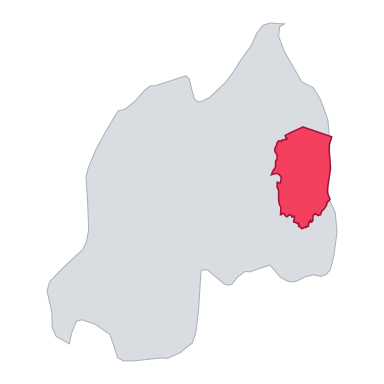 location of Kayonza, Eastern, Rwanda
{"feature_id": "39286606B59170295238138", "entity_name": "Kayonza", "entity_type": "district", "adm_level": 2, "iso_a3": "RWA", "parent_name": "Rwanda", "parent_adm1": "Eastern", "projection": "equal_earth", "projection_center": [30.553, -1.862], "detail": "fine", "context": "in_parent", "style": "filled", "palette": "rose", "viewbox_px": 384, "rotation_deg": 0, "n_neighbors": 0, "source": "geoboundaries", "source_scale": "gbopen_adm2", "svg_char_len": 6272}
<svg xmlns="http://www.w3.org/2000/svg" viewBox="0 0 384 384"><path d="M150.3,85.9L155.0,85.8L186.0,75.8L189.1,78.9L194.1,98.3L196.7,101.1L201.0,101.8L209.7,97.4L225.7,82.2L232.6,73.0L240.8,60.0L251.3,45.4L257.1,32.7L262.8,25.3L270.3,23.0L278.6,23.6L284.4,23.9L279.6,26.9L278.7,36.2L284.1,51.1L301.9,82.0L313.2,87.7L320.6,99.6L327.9,119.9L330.0,145.1L327.0,175.5L328.8,198.1L335.3,213.0L337.0,232.2L333.9,255.8L330.2,270.0L325.7,274.7L320.7,276.4L313.8,274.8L305.4,276.8L296.3,281.3L290.6,281.9L287.1,281.0L280.4,277.2L269.8,265.0L250.0,271.8L244.7,271.6L237.4,277.4L231.5,284.6L227.9,285.1L224.3,284.1L207.3,269.7L201.1,270.2L198.5,310.6L195.7,333.1L192.2,343.1L180.0,352.8L167.7,358.3L161.0,357.9L134.1,360.9L123.5,361.0L117.7,357.7L110.1,334.7L95.8,324.5L82.1,319.8L76.5,321.1L71.5,333.1L69.5,343.9L56.2,336.5L52.2,327.4L51.8,312.0L47.0,290.9L49.6,281.9L54.9,276.1L65.9,265.0L82.7,249.6L86.3,242.2L88.7,230.0L87.6,201.5L86.0,177.4L88.0,168.8L95.6,150.2L105.9,131.2L117.9,111.0L125.1,109.1L134.6,101.5L144.6,90.2L150.3,85.9Z" fill="#d9dde1" stroke="#a8b0b8" stroke-width="1"/><path d="M280.5,214.8L281.1,214.7L283.3,213.3L283.9,213.5L284.2,213.8L284.4,214.4L284.9,215.2L285.2,215.5L285.3,215.8L285.6,216.0L286.0,216.4L286.4,216.6L286.9,216.7L286.9,216.8L287.1,216.8L287.2,216.7L287.5,216.4L288.0,216.1L288.2,215.7L288.3,215.5L288.4,215.4L288.6,215.4L288.7,215.1L288.8,215.0L289.1,215.0L289.4,215.1L289.5,214.9L289.8,214.9L290.1,214.8L290.4,214.8L290.6,214.9L290.8,214.8L291.3,215.2L291.5,215.8L291.7,216.1L291.6,216.5L291.8,216.9L292.1,216.9L292.4,216.8L292.6,216.9L292.8,216.5L293.3,216.4L293.4,216.5L293.5,216.4L293.5,216.5L293.6,216.4L293.8,216.2L294.0,216.2L294.2,216.3L294.3,216.3L294.6,217.3L294.4,218.4L294.3,218.7L294.2,218.9L294.0,219.6L293.8,220.1L293.7,220.3L293.6,221.4L293.9,222.3L294.2,222.3L294.4,222.4L294.9,222.2L295.1,222.2L295.2,222.3L295.4,222.2L295.5,222.3L295.6,222.6L295.8,222.7L296.2,222.7L296.6,223.0L296.8,223.1L297.1,223.2L297.4,223.1L297.6,223.7L297.7,223.8L298.0,224.0L298.4,223.4L298.6,223.5L298.9,223.8L299.0,223.9L298.8,224.5L298.8,224.9L298.8,225.3L298.7,225.3L298.6,225.5L298.6,225.8L298.6,226.0L298.6,226.5L298.9,226.5L300.1,226.5L300.2,226.8L300.4,227.0L300.6,227.3L300.9,227.6L301.1,228.1L301.3,228.6L301.6,228.6L301.8,228.6L302.0,228.3L302.4,228.4L302.5,228.3L302.8,228.4L303.0,228.3L303.4,228.1L303.5,228.0L303.6,227.8L303.8,227.6L304.0,227.6L304.3,227.5L304.5,227.6L304.8,227.4L305.0,227.4L305.2,227.5L305.3,227.5L305.3,227.0L305.4,226.9L305.6,226.9L305.8,227.0L306.0,227.2L306.1,226.9L306.2,226.7L306.5,226.5L306.8,226.4L307.1,226.7L307.3,226.6L307.4,226.4L307.6,226.4L307.8,226.3L308.1,226.3L308.0,226.2L308.3,225.6L308.3,225.3L308.3,225.2L308.2,225.1L308.3,224.8L308.4,224.7L308.4,224.3L308.5,224.3L308.7,224.1L308.9,223.5L308.8,223.4L309.0,223.1L308.9,223.0L308.8,222.9L309.0,222.7L308.8,222.5L308.9,222.2L309.2,221.8L309.4,221.5L309.8,221.2L310.0,221.0L310.0,220.9L310.8,220.4L310.8,220.5L310.5,222.0L311.1,222.2L312.3,221.5L312.7,221.1L312.7,220.9L312.8,220.9L312.7,220.9L312.9,219.8L312.8,219.4L312.9,219.1L312.9,218.7L312.9,217.6L312.9,217.1L313.2,215.9L313.1,215.7L314.3,214.2L315.1,213.6L315.2,213.8L315.3,214.3L315.7,214.2L316.1,214.2L316.4,214.3L316.7,214.6L317.1,214.8L317.3,214.9L317.4,215.1L317.6,215.1L317.8,215.4L318.0,215.6L320.7,214.7L320.9,213.4L321.2,212.5L321.5,211.8L321.8,211.3L322.6,210.4L324.2,208.9L325.1,207.5L326.7,204.8L326.8,204.4L327.0,203.8L327.0,203.4L326.7,203.2L326.8,202.4L327.2,201.8L327.4,201.5L327.5,201.4L327.8,201.4L328.1,201.6L328.5,201.2L328.6,200.9L329.3,200.4L329.4,199.9L329.8,199.7L329.9,199.3L329.9,199.1L330.0,198.9L327.8,193.9L327.6,192.9L327.2,192.4L328.0,184.8L328.2,184.3L328.2,184.2L330.5,168.5L330.4,168.1L330.5,167.9L329.7,156.5L329.2,150.5L329.1,148.1L329.2,147.9L329.3,147.2L329.2,146.1L329.1,145.9L329.2,145.7L329.1,145.1L329.8,142.9L331.6,137.6L331.5,137.4L331.6,137.1L331.7,136.8L302.8,126.9L302.3,127.3L302.0,127.5L301.6,127.6L300.6,128.1L291.4,132.2L285.2,135.4L285.2,135.6L285.3,136.3L285.5,136.7L285.7,137.5L286.0,137.7L286.5,137.8L286.9,138.1L287.1,138.4L287.1,138.7L287.2,139.0L286.8,139.3L286.7,139.4L285.1,139.3L284.8,139.6L284.4,139.7L284.1,139.9L283.9,139.8L283.2,139.9L282.4,139.9L282.3,140.0L282.0,140.1L281.9,140.4L281.6,140.7L281.5,140.9L281.5,141.1L281.4,141.1L281.3,141.3L281.2,141.1L280.9,140.9L280.1,140.7L279.8,140.7L278.8,141.1L278.3,141.2L278.0,141.3L277.9,141.7L277.8,141.9L277.7,142.0L277.1,143.0L277.0,143.3L276.9,143.6L276.1,146.2L275.9,146.5L275.5,147.1L275.1,148.0L275.0,148.4L274.9,148.9L274.8,149.5L274.9,150.6L274.9,150.8L274.9,151.1L274.8,151.5L275.0,152.0L275.6,152.4L275.7,152.5L275.8,152.7L276.2,153.2L276.2,153.8L276.3,154.1L276.9,154.6L277.1,154.7L277.2,155.1L277.2,155.5L277.2,155.8L277.0,156.3L277.0,156.6L277.1,156.8L277.1,157.5L277.1,158.2L277.0,159.3L276.8,159.7L276.7,159.8L276.2,160.1L275.8,160.7L275.7,160.8L275.6,161.0L275.6,161.3L275.6,162.0L275.6,162.6L275.6,163.0L275.5,163.5L275.5,164.6L275.6,165.4L275.6,165.8L275.5,166.7L275.3,167.2L275.2,167.6L275.1,167.8L274.4,168.9L274.3,169.0L274.0,169.2L273.8,169.4L273.7,169.7L273.2,170.4L272.7,171.4L272.4,171.9L272.4,172.0L272.1,172.6L271.6,174.2L271.4,174.7L273.0,174.1L274.3,173.9L275.3,173.7L275.8,173.6L276.6,173.5L277.5,173.7L278.3,174.0L279.0,174.5L280.7,176.3L281.2,177.0L281.3,177.2L281.2,177.5L281.1,177.8L281.0,179.0L281.0,179.3L281.1,179.7L280.9,180.0L280.8,180.6L280.7,181.3L280.7,181.6L280.5,182.2L280.5,182.4L280.5,182.7L280.4,182.8L280.1,183.1L279.8,183.2L279.3,182.9L278.8,182.8L278.2,182.4L278.0,182.2L277.7,182.5L277.6,182.4L277.4,182.3L277.4,182.5L277.2,182.8L277.2,183.0L277.1,183.3L277.1,183.7L277.0,183.8L277.2,184.2L277.2,184.4L277.2,185.2L277.2,185.4L277.4,185.6L277.2,185.8L277.1,186.1L277.0,186.4L277.0,186.8L277.1,187.3L277.3,187.7L277.7,188.4L277.7,188.5L278.2,189.4L278.5,190.6L278.7,191.8L278.7,192.1L278.5,192.8L278.5,193.7L278.6,194.0L278.6,194.5L278.7,194.8L278.7,195.1L278.8,196.1L278.6,196.8L278.5,197.3L278.5,197.5L278.6,198.1L278.6,198.5L278.7,199.1L278.7,199.3L278.7,199.5L278.8,200.1L278.9,200.6L278.8,200.9L278.8,201.5L279.1,202.3L279.1,202.7L279.2,203.5L279.3,204.2L279.6,204.6L279.7,205.2L280.6,206.4L280.9,208.7L280.8,210.5L280.6,211.4L280.5,212.1L280.7,213.9L280.5,214.8Z" fill="#f43f5e" stroke="#9f1239" stroke-width="1.5"/></svg>